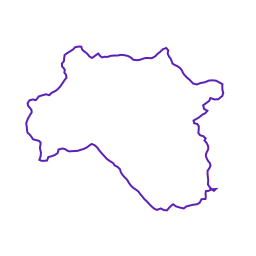 Conceição do Rio Verde, Minas Gerais, Brazil (Robinson projection), rotated 261°
{"feature_id": "56859067B49898268691236", "entity_name": "Conceição do Rio Verde", "entity_type": "district", "adm_level": 2, "iso_a3": "BRA", "parent_name": "Brazil", "parent_adm1": "Minas Gerais", "projection": "robinson", "projection_center": [-45.092, -21.892], "detail": "fine", "context": "isolated", "style": "outline", "palette": "violet", "viewbox_px": 256, "rotation_deg": 261, "n_neighbors": 0, "source": "geoboundaries", "source_scale": "gbopen_adm2", "svg_char_len": 2824}
<svg xmlns="http://www.w3.org/2000/svg" viewBox="0 0 256 256"><g transform="rotate(261 128 128)"><path d="M215.6,94.6L216.2,91.7L216.0,88.3L214.2,86.1L212.8,82.8L211.5,79.7L210.0,76.8L207.0,75.9L203.9,75.1L202.0,72.8L199.1,72.5L197.3,73.7L195.3,74.7L192.8,73.8L190.3,75.1L187.2,75.1L185.3,72.9L182.9,70.7L179.9,67.9L177.5,64.9L175.9,62.1L174.7,58.1L172.7,55.4L174.1,52.4L173.7,48.2L173.1,44.7L171.4,43.0L169.9,41.2L171.1,38.5L170.7,35.0L168.2,32.7L165.6,32.8L163.1,34.3L160.8,35.5L158.5,35.3L156.8,33.8L154.9,32.2L153.0,30.7L150.9,29.5L148.8,28.2L146.5,28.2L144.5,28.2L141.8,27.9L138.9,28.1L137.0,29.8L134.3,31.3L131.7,32.4L130.5,35.2L129.1,38.3L127.2,39.4L124.8,38.8L122.1,37.9L119.6,38.0L117.3,38.2L113.6,37.2L110.4,35.5L109.0,37.7L108.7,40.3L108.5,42.9L111.8,44.8L112.1,48.5L112.8,51.5L114.2,54.6L117.6,56.0L118.0,60.1L116.9,62.6L115.2,64.4L114.1,66.4L113.9,68.9L113.6,71.8L113.3,75.0L113.9,78.0L114.2,81.0L115.2,84.2L116.8,87.2L117.9,89.5L116.4,92.2L113.5,94.6L110.0,96.3L106.6,98.4L103.5,100.5L100.6,102.4L98.3,104.8L95.7,107.8L93.1,109.0L91.2,111.6L88.4,113.7L85.6,113.9L82.9,115.1L80.0,116.8L78.0,118.4L75.9,119.5L73.4,120.4L70.1,122.2L67.6,124.3L66.0,126.1L63.7,128.3L60.4,130.0L57.8,131.6L55.1,133.1L53.2,134.7L51.4,135.9L49.2,137.3L46.8,139.1L44.3,141.2L42.6,143.7L43.4,147.8L41.3,150.6L40.6,153.6L42.8,156.2L44.4,158.3L45.6,160.7L43.1,163.1L41.3,166.8L39.8,170.5L41.4,173.4L41.7,176.4L42.0,179.8L41.9,184.4L43.0,187.1L46.2,189.5L45.8,193.4L48.2,194.2L50.6,194.2L53.5,195.1L53.3,197.6L54.3,201.2L56.9,199.4L59.7,198.1L62.2,198.7L64.2,199.1L67.2,199.2L70.5,199.4L73.5,200.0L75.3,201.9L77.9,203.6L80.7,203.3L83.0,201.9L85.6,201.0L88.1,200.5L90.1,201.0L92.0,202.1L94.6,204.0L97.8,204.3L100.9,203.3L103.8,201.6L105.6,203.1L108.2,201.0L109.6,198.0L112.2,196.7L115.1,197.5L118.6,198.2L121.1,197.1L122.4,194.1L125.1,193.9L126.3,197.1L127.1,199.3L128.3,201.5L129.6,203.7L130.5,206.6L132.6,209.1L135.0,206.1L138.7,205.8L140.6,209.6L142.1,212.5L144.7,214.1L142.7,217.8L142.3,221.8L143.7,224.0L144.9,226.2L147.9,227.6L151.0,227.2L154.1,227.6L156.6,228.1L158.8,225.2L161.0,222.3L161.9,218.8L162.2,215.4L161.5,212.5L161.1,210.0L161.1,206.7L160.2,202.8L161.8,199.2L164.0,197.7L166.1,196.3L168.8,193.9L171.7,192.0L173.8,190.9L176.0,190.4L178.7,189.1L181.3,186.5L183.1,183.8L184.8,182.0L187.1,181.6L189.4,181.1L191.9,179.8L195.3,178.8L198.3,179.9L201.0,178.3L200.4,174.9L198.1,171.5L196.4,168.4L194.6,166.2L193.2,162.4L194.0,158.7L194.4,156.0L194.0,153.3L193.4,149.6L193.7,146.9L194.7,143.7L197.0,142.0L199.1,139.3L200.5,135.8L201.4,132.3L201.2,129.2L201.7,125.8L202.0,122.3L201.4,119.0L202.0,116.1L201.8,113.4L203.7,111.6L206.2,110.3L204.8,107.3L202.8,103.4L204.7,101.1L207.2,99.7L209.3,98.0L211.0,96.2L212.8,95.0L215.6,94.6ZM54.3,201.2L52.5,203.0L54.0,205.2L54.3,201.2Z" fill="none" stroke="#5b21b6" stroke-width="2"/></g></svg>